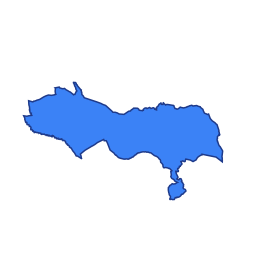 Curatele, Bihor, Romania (Natural Earth projection), rotated 38°
{"feature_id": "2599482B66131117127399", "entity_name": "Curatele", "entity_type": "district", "adm_level": 2, "iso_a3": "ROU", "parent_name": "Romania", "parent_adm1": "Bihor", "projection": "natural_earth1", "projection_center": [22.466, 46.727], "detail": "fine", "context": "isolated", "style": "filled", "palette": "blue", "viewbox_px": 256, "rotation_deg": 38, "n_neighbors": 0, "source": "geoboundaries", "source_scale": "gbopen_adm2", "svg_char_len": 5801}
<svg xmlns="http://www.w3.org/2000/svg" viewBox="0 0 256 256"><g transform="rotate(38 128 128)"><path d="M104.4,181.9L105.6,181.2L110.7,180.7L109.9,180.5L108.0,178.8L106.5,177.9L107.9,171.8L110.4,165.4L110.4,165.0L110.9,164.3L112.0,161.5L112.9,158.2L115.9,152.0L117.1,152.7L118.7,151.4L121.0,152.5L127.5,156.4L132.5,156.4L134.0,156.9L135.0,157.0L135.2,156.7L138.0,157.1L138.8,157.1L140.5,156.6L144.0,155.0L145.1,154.1L145.4,153.6L146.4,152.9L147.2,152.6L147.9,151.8L147.8,151.1L148.3,150.7L149.0,149.4L149.1,148.7L149.9,147.6L149.8,147.1L150.2,145.6L150.1,145.2L150.7,144.2L150.7,142.7L151.3,142.2L151.2,141.3L152.1,140.7L153.2,139.0L154.6,137.4L155.8,136.7L156.3,136.0L157.7,135.5L158.7,134.6L160.2,134.2L161.3,133.5L165.5,133.5L166.9,133.2L167.8,132.8L170.0,132.7L171.6,133.2L172.8,133.1L173.9,133.8L174.5,134.6L175.0,134.9L176.4,135.0L178.1,135.5L179.1,136.6L180.3,137.3L180.9,137.2L181.9,136.0L183.9,135.0L185.0,134.8L185.6,134.3L188.3,134.6L188.9,134.7L188.5,135.9L188.7,136.2L189.5,136.8L190.3,137.7L191.0,138.3L191.7,140.0L191.9,140.1L193.3,140.7L194.5,140.7L195.2,140.4L196.4,140.5L197.0,140.9L197.6,141.0L200.5,140.4L200.1,141.1L199.7,142.7L198.3,144.2L197.1,144.7L196.9,146.3L196.6,146.8L196.3,147.8L196.6,148.3L196.5,150.1L197.9,152.0L199.6,153.6L200.8,154.4L201.6,155.2L203.5,155.7L204.1,156.4L204.6,158.2L204.8,158.4L205.2,158.4L205.5,158.1L205.6,157.7L205.9,157.4L207.2,157.0L208.5,155.8L208.1,153.7L209.0,153.3L209.4,152.9L209.5,152.4L209.3,152.2L210.4,151.4L211.0,150.2L211.3,148.4L211.0,147.8L211.1,147.3L211.3,146.8L211.9,146.5L212.1,145.2L212.0,144.2L212.5,142.4L212.4,142.0L211.8,141.5L210.9,141.2L209.4,141.6L208.5,141.4L208.0,140.9L207.8,140.0L207.2,139.5L206.8,138.4L204.9,137.7L204.4,137.3L203.4,137.4L203.0,137.2L203.0,136.5L201.4,135.5L200.9,135.4L200.1,135.9L199.8,136.4L200.1,137.1L199.6,137.8L197.8,138.1L197.8,136.4L197.6,135.9L194.3,134.3L192.4,132.8L192.3,132.6L192.6,132.4L193.5,132.3L194.4,131.3L194.1,130.7L192.5,130.0L192.1,129.3L192.6,128.7L192.7,128.3L192.7,127.7L192.1,126.6L192.8,126.0L192.6,125.6L192.7,123.1L190.3,121.8L191.0,121.1L191.2,120.4L192.0,120.0L192.7,120.0L193.4,119.6L193.6,119.2L193.0,117.9L192.7,116.9L196.8,114.9L199.9,114.4L201.3,111.2L201.0,109.5L201.0,108.0L201.6,105.9L202.5,104.0L202.9,103.6L202.5,103.1L215.3,96.7L223.1,96.6L222.0,95.1L221.6,94.9L220.9,93.8L219.6,92.6L217.0,88.2L216.5,87.7L211.9,85.9L211.1,85.9L209.7,85.3L207.8,84.0L207.3,83.9L206.9,83.7L206.9,83.3L205.7,82.7L205.0,81.8L205.0,81.2L204.0,80.1L203.8,79.7L203.9,78.2L204.3,77.8L204.1,77.6L204.5,77.2L204.3,76.6L203.9,76.4L203.6,76.8L203.4,76.1L202.3,75.1L201.7,74.9L201.5,74.3L200.5,73.5L196.0,70.5L194.9,70.6L193.3,70.3L190.0,70.5L188.4,70.2L187.0,69.9L182.9,67.4L182.2,68.5L181.2,68.6L179.4,69.2L178.8,69.1L176.5,67.9L175.6,67.2L172.3,67.1L171.9,66.8L169.8,67.7L168.3,68.0L165.6,70.7L164.3,70.8L162.8,72.7L162.3,73.8L161.4,74.9L161.5,75.2L161.0,76.0L159.4,78.0L157.2,79.1L156.3,79.4L156.2,80.3L155.6,82.2L155.1,83.0L153.9,83.2L153.0,83.7L150.7,82.5L150.5,82.2L150.0,82.2L144.7,85.1L143.7,86.0L143.5,86.7L141.0,86.6L140.5,86.3L140.3,86.7L141.0,87.5L141.0,88.0L140.2,88.4L140.0,88.7L139.0,88.5L138.5,87.5L138.5,88.5L137.9,90.1L138.2,92.5L137.8,94.0L138.0,95.0L138.7,95.2L138.5,95.5L138.7,95.8L139.2,96.2L137.5,96.8L137.0,96.3L135.8,96.3L135.3,96.6L134.1,98.5L132.4,98.5L131.0,101.0L130.2,100.9L129.5,101.4L128.9,102.2L128.6,103.9L128.7,104.3L129.1,104.6L128.7,105.0L128.8,105.4L126.3,106.9L125.6,107.0L125.0,106.6L123.7,106.5L123.1,106.7L120.2,108.9L119.9,110.9L119.5,111.3L119.4,112.3L119.5,113.0L118.2,114.4L116.5,119.7L112.4,122.4L110.3,122.7L108.2,123.5L106.4,124.9L104.8,124.6L96.5,124.0L93.7,124.9L91.5,125.3L87.2,126.7L74.9,131.1L73.0,130.3L71.0,130.0L70.1,128.9L69.5,128.6L69.5,128.3L67.9,127.4L68.0,127.1L67.8,126.8L67.2,126.9L61.9,125.8L61.7,125.5L61.0,125.3L60.3,125.5L59.7,124.7L58.6,124.5L57.0,125.6L57.2,126.0L58.2,126.3L58.5,126.6L59.3,127.0L59.9,127.6L61.5,128.2L63.4,129.7L64.9,130.3L64.8,131.6L65.5,134.2L64.8,134.7L64.7,135.3L60.3,135.2L59.3,135.5L57.2,135.7L56.0,136.0L53.6,135.9L52.7,137.0L51.7,137.6L49.3,138.5L48.6,138.1L45.8,141.3L46.4,141.4L47.9,143.8L49.6,145.5L50.4,145.9L49.5,147.3L47.6,149.4L45.0,151.0L43.6,153.1L42.4,155.5L40.8,159.8L39.9,161.1L39.1,162.1L38.7,163.0L37.7,164.5L37.2,164.9L37.1,165.7L36.8,166.1L32.9,167.7L35.8,170.9L37.1,171.8L39.5,174.3L39.3,174.5L41.8,176.4L42.7,175.9L43.1,176.9L43.8,177.0L44.4,177.3L42.4,179.3L41.1,181.0L38.3,182.6L40.5,183.7L41.1,184.3L41.2,184.6L43.7,186.4L44.1,186.1L44.5,186.4L44.9,186.0L46.3,187.4L47.3,187.0L47.8,186.4L49.3,187.5L49.8,186.9L50.6,187.0L51.3,187.4L51.6,188.1L52.4,189.1L53.1,188.4L53.9,188.5L53.7,188.6L53.9,188.8L54.4,188.7L54.3,188.9L55.0,189.2L56.2,188.9L56.8,189.2L56.8,188.8L57.5,188.5L57.4,188.3L57.6,188.1L59.3,187.7L59.4,187.3L60.2,186.9L60.9,186.7L61.1,186.9L61.3,186.4L62.2,186.0L62.6,186.2L62.8,185.9L63.6,186.3L64.1,186.1L64.4,185.4L65.3,185.0L65.7,184.4L66.4,184.5L67.3,184.1L67.8,184.2L67.9,183.9L68.1,184.0L68.2,183.4L68.6,183.4L68.7,183.2L69.3,183.4L69.4,183.0L69.9,183.0L69.7,182.8L69.8,182.7L70.5,182.9L70.7,182.2L71.5,182.3L72.2,181.9L73.1,181.8L72.9,181.6L73.3,181.3L72.8,180.9L72.9,180.5L73.3,180.5L73.9,180.1L74.1,180.2L74.0,180.4L74.7,180.2L75.8,180.6L75.7,180.3L76.0,180.3L76.1,180.5L76.7,180.4L77.0,180.0L77.5,180.0L77.9,180.4L78.2,180.4L78.2,180.0L78.7,180.1L78.8,179.9L78.7,179.8L78.9,179.6L78.9,179.8L79.4,179.8L80.1,179.6L80.6,179.0L81.1,179.0L81.6,178.8L82.0,177.7L82.6,177.4L83.0,177.8L82.8,177.8L82.9,178.0L83.6,177.8L84.2,177.9L84.4,177.7L84.6,177.9L85.0,177.4L85.2,177.2L86.5,177.1L87.2,177.2L87.5,177.7L89.4,178.4L89.8,178.3L90.1,178.0L90.8,178.6L91.2,178.6L91.5,178.3L92.6,178.4L93.2,178.5L93.5,179.0L94.1,179.1L95.4,178.8L95.7,179.0L95.9,178.9L98.5,180.0L101.3,180.6L104.4,181.9Z" fill="#3b82f6" stroke="#1e3a8a" stroke-width="1.5"/></g></svg>